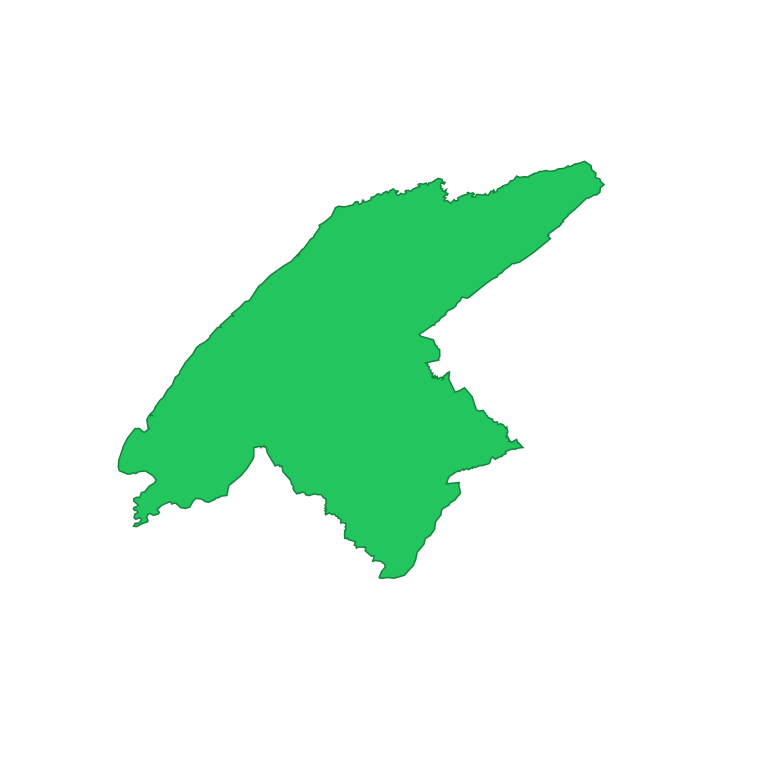 Mueang Nakhon Si Thammarat, Nakhon Si Thammarat, Thailand, rotated 242°
{"feature_id": "78962969B67558639110399", "entity_name": "Mueang Nakhon Si Thammarat", "entity_type": "district", "adm_level": 2, "iso_a3": "THA", "parent_name": "Thailand", "parent_adm1": "Nakhon Si Thammarat", "projection": "equal_earth", "projection_center": [99.961, 8.425], "detail": "fine", "context": "isolated", "style": "filled", "palette": "green", "viewbox_px": 768, "rotation_deg": 242, "n_neighbors": 0, "source": "geoboundaries", "source_scale": "gbopen_adm2", "svg_char_len": 6168}
<svg xmlns="http://www.w3.org/2000/svg" viewBox="0 0 768 768"><g transform="rotate(242 384 384)"><path d="M470.7,670.1L475.5,668.0L479.8,669.3L486.5,665.6L487.1,660.5L488.7,655.6L488.4,651.5L488.8,649.6L490.3,649.1L489.8,644.6L492.2,638.4L492.2,635.0L494.2,629.6L496.5,627.4L497.5,623.2L498.7,621.2L498.6,617.7L499.4,615.7L499.4,607.3L500.7,606.3L502.8,600.7L505.3,598.7L503.0,594.0L504.0,591.0L502.2,587.7L503.1,581.9L502.5,579.3L502.9,575.7L500.8,573.9L501.6,570.2L502.7,572.0L503.7,571.9L503.2,570.8L504.0,568.9L501.7,564.8L503.0,562.9L504.5,562.9L504.0,560.4L507.9,555.1L506.2,552.3L508.2,549.4L508.8,549.8L509.0,552.9L511.1,552.2L511.4,549.8L513.8,548.1L513.8,547.4L512.3,546.9L513.3,543.1L513.7,536.7L511.2,535.2L512.4,532.8L513.9,532.4L512.1,527.9L516.2,526.0L516.7,523.9L517.9,523.3L519.5,526.1L521.2,524.4L522.2,526.5L521.1,528.7L522.1,529.8L524.4,528.0L526.3,530.2L526.0,527.8L527.2,526.1L529.0,527.4L530.6,526.0L531.9,527.4L533.8,527.3L534.5,528.3L534.2,529.3L532.3,531.0L533.3,532.6L535.1,530.6L537.5,531.2L540.2,528.3L539.5,520.3L540.4,517.8L538.8,516.0L541.7,515.5L541.8,512.9L544.3,509.1L543.9,507.7L541.6,508.3L542.5,502.3L541.7,497.9L543.6,496.4L544.6,493.9L544.1,493.1L542.3,493.5L542.0,491.9L542.8,489.5L544.5,488.4L543.8,485.8L544.3,484.4L547.3,484.0L547.1,486.4L547.7,487.1L549.4,484.5L552.0,483.8L551.8,479.7L550.5,477.3L552.8,477.0L553.0,473.1L551.9,470.4L553.9,469.1L554.9,467.4L554.0,463.4L554.9,460.3L552.8,458.9L553.3,453.1L554.0,451.8L555.8,452.2L556.4,451.4L554.3,449.7L553.9,447.3L554.6,446.0L556.7,446.8L558.0,445.4L558.2,443.9L556.8,440.6L558.7,432.5L562.3,427.4L562.4,423.8L556.8,416.4L554.8,407.3L554.6,401.1L552.5,401.1L548.3,392.6L546.6,390.9L546.4,387.3L540.9,376.0L541.4,375.2L539.1,369.8L537.9,370.7L538.8,369.0L538.6,368.1L537.7,368.3L538.4,367.3L535.7,359.4L535.5,351.7L533.3,334.7L529.7,323.5L529.3,319.7L521.2,304.9L521.0,302.9L521.9,300.3L519.1,291.6L517.5,282.4L514.7,282.9L516.1,281.1L512.7,267.0L512.0,266.3L509.7,267.1L511.5,265.9L511.9,263.2L508.0,252.9L506.6,251.9L505.1,245.7L505.1,240.1L504.1,235.3L500.3,229.4L496.2,218.8L490.9,209.8L488.7,207.7L487.9,202.8L482.4,196.3L480.3,189.9L475.3,182.0L475.2,179.7L474.1,177.2L471.1,171.3L468.6,168.4L467.1,163.2L465.1,164.4L466.5,161.8L463.9,157.9L455.9,155.0L454.7,155.7L453.9,149.4L459.7,146.9L461.5,143.3L456.6,132.1L451.7,125.0L441.4,114.3L435.1,110.2L431.5,109.7L424.7,115.5L423.4,118.4L423.6,120.3L421.5,122.6L421.7,126.3L419.2,132.6L411.2,137.0L406.1,137.8L404.3,134.6L404.1,129.1L401.2,122.1L402.0,118.8L398.5,115.1L400.1,112.4L400.2,109.2L398.1,108.1L392.8,110.0L391.8,108.9L392.4,105.4L391.1,104.0L389.5,104.5L388.1,106.4L386.0,106.6L386.1,103.0L383.3,100.5L381.1,101.3L380.4,105.9L378.0,106.2L376.3,102.5L377.8,98.8L376.0,96.1L374.2,98.6L374.2,105.7L373.3,110.4L374.2,111.5L377.9,111.9L379.7,114.8L379.5,116.6L376.4,118.7L375.1,123.4L376.2,125.5L379.0,124.6L379.9,125.4L381.3,131.3L380.6,139.4L379.9,140.5L377.8,140.1L376.8,144.2L370.4,146.3L367.3,150.4L366.6,155.0L370.3,160.6L371.3,164.3L367.8,169.2L364.2,170.8L361.9,173.7L361.5,180.6L362.3,181.4L361.3,184.5L361.5,187.5L359.3,192.9L367.1,199.2L370.2,214.5L373.8,223.6L379.3,233.1L381.1,235.0L388.9,239.2L387.1,245.5L385.6,245.5L386.1,246.4L385.5,249.1L384.6,248.6L383.9,250.4L378.3,248.7L362.7,249.4L362.2,253.2L359.8,253.2L359.6,255.3L354.0,253.6L342.6,256.4L339.5,255.4L336.2,256.1L334.9,254.8L332.4,254.5L327.8,255.5L327.7,257.5L327.0,258.0L327.0,261.1L324.6,263.1L323.2,262.7L320.8,265.1L319.4,271.8L317.5,273.3L315.9,276.6L311.7,277.3L309.8,278.9L305.5,276.5L305.1,275.3L302.1,274.8L302.0,273.4L300.0,274.1L299.8,272.3L298.6,272.9L297.5,271.4L296.0,271.1L295.7,275.4L293.2,276.6L292.1,279.4L289.9,279.5L288.3,281.3L286.9,280.4L285.2,282.5L281.5,280.6L280.8,282.9L278.2,285.0L276.1,282.7L273.5,282.2L272.9,280.1L271.2,280.0L270.7,279.0L266.2,276.9L265.9,278.1L264.9,278.2L264.6,279.8L263.3,279.5L258.2,284.7L255.7,282.2L254.2,283.3L252.0,282.6L252.2,284.7L248.4,291.2L245.7,289.1L237.8,292.0L237.4,294.2L236.2,294.4L232.8,290.8L232.2,293.4L229.2,297.8L224.7,299.9L221.8,299.3L219.4,293.5L215.2,288.8L213.8,290.2L211.3,296.6L207.7,301.9L205.6,312.1L210.1,324.9L214.1,329.6L219.7,334.1L223.8,344.0L228.0,347.8L228.7,354.1L231.9,360.5L238.1,364.7L241.7,372.8L245.4,375.3L246.4,377.9L246.6,384.6L248.1,386.8L248.3,392.1L251.9,400.5L259.1,402.4L261.7,404.1L266.6,392.4L270.7,396.6L271.8,399.0L272.5,406.8L272.2,409.3L271.4,409.4L271.8,413.9L270.4,414.0L270.6,417.7L268.7,418.3L268.8,422.9L268.2,422.7L268.5,423.9L267.5,425.0L266.9,430.7L265.8,432.5L264.5,439.0L265.3,441.3L267.8,443.0L268.6,445.5L265.2,446.9L265.4,451.9L264.8,454.6L265.5,455.0L265.3,459.1L267.1,459.3L266.8,464.8L265.8,467.9L264.8,469.1L264.6,471.9L262.7,476.8L268.8,475.2L269.2,474.4L272.8,475.1L272.7,469.8L274.6,467.4L275.2,468.6L276.4,467.9L277.3,468.6L279.5,468.3L279.7,467.0L280.5,467.0L280.9,468.5L283.1,469.7L283.3,470.7L288.4,472.2L287.8,470.7L291.8,470.1L294.2,468.4L294.6,465.7L297.3,466.2L298.1,464.2L299.8,462.7L302.1,463.3L305.0,460.4L314.1,459.1L315.5,455.4L317.7,453.4L331.2,455.8L342.9,453.3L342.6,448.0L343.4,442.9L357.8,443.5L364.0,447.4L364.0,444.1L363.3,443.7L363.0,440.6L361.1,439.4L360.6,437.8L362.5,438.9L363.3,436.8L363.2,433.6L365.6,434.5L365.2,430.6L365.8,432.9L367.6,433.1L367.6,431.4L366.4,430.1L367.9,429.6L370.6,432.2L371.9,430.6L374.0,431.8L376.2,430.8L378.0,432.1L379.9,430.8L380.5,431.9L382.1,431.5L383.3,429.8L379.4,443.7L381.1,444.4L382.3,446.3L388.3,449.3L390.4,448.0L392.6,448.5L394.2,447.6L399.8,448.4L408.6,439.2L411.3,438.2L413.1,455.4L412.3,455.7L412.4,456.6L414.0,457.9L414.1,462.6L415.4,464.4L416.3,471.1L417.5,471.4L418.7,475.2L418.4,480.8L419.4,484.4L420.8,485.9L421.9,490.7L424.2,493.3L420.6,497.9L420.7,500.3L424.8,520.9L425.8,529.5L425.4,534.2L426.8,535.9L427.0,540.7L428.2,543.1L429.3,551.3L430.4,553.8L429.2,555.0L428.0,561.4L429.9,577.6L434.3,599.3L437.7,597.9L437.9,599.4L439.1,599.1L441.1,611.4L440.7,612.0L441.9,615.4L442.6,615.5L443.2,618.8L444.5,618.6L446.2,625.6L446.9,625.8L448.7,634.9L453.1,650.5L452.0,652.0L452.3,658.1L451.1,660.5L451.9,664.6L455.7,667.1L456.7,671.9L460.6,670.4L463.7,670.8L467.0,667.6L470.7,670.1Z" fill="#22c55e" stroke="#15803d" stroke-width="1.5"/></g></svg>